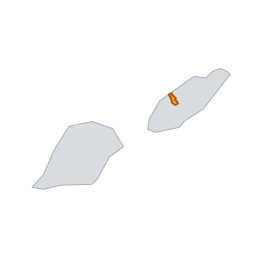 location of Faleata East, Gaga'emauga, Samoa, rotated 308°
{"feature_id": "51752279B54657815121204", "entity_name": "Faleata East", "entity_type": "district", "adm_level": 2, "iso_a3": "WSM", "parent_name": "Samoa", "parent_adm1": "Gaga'emauga", "projection": "albers", "projection_center": [-171.795, -13.866], "detail": "fine", "context": "in_parent", "style": "filled", "palette": "amber", "viewbox_px": 256, "rotation_deg": 308, "n_neighbors": 0, "source": "geoboundaries", "source_scale": "gbopen_adm2", "svg_char_len": 2377}
<svg xmlns="http://www.w3.org/2000/svg" viewBox="0 0 256 256"><g transform="rotate(308 128 128)"><path d="M93.1,80.4L111.0,95.8L118.1,116.3L110.5,135.9L93.6,131.1L69.2,135.3L61.1,133.9L41.4,110.0L27.8,99.2L22.3,89.1L39.6,90.1L64.9,83.3L93.1,80.4ZM233.0,175.5L189.5,175.6L167.9,168.2L160.3,168.1L141.8,152.6L139.0,144.5L148.7,139.1L168.8,136.3L209.2,148.1L215.3,158.6L224.7,159.7L231.9,164.2L233.7,171.6L233.0,175.5Z" fill="#d9dde1" stroke="#a8b0b8" stroke-width="1"/><path d="M181.5,140.3L181.3,140.1L181.0,140.3L180.9,140.2L181.0,140.2L180.9,139.9L180.7,139.7L180.5,139.9L180.4,139.9L180.2,139.8L180.1,139.7L179.9,139.6L179.6,139.6L179.4,139.6L179.4,139.8L179.5,139.8L179.6,140.0L179.6,139.9L179.3,139.8L179.4,139.7L179.2,139.7L179.2,139.8L178.9,140.1L178.7,140.2L178.7,140.3L178.6,140.6L178.5,140.8L178.5,141.1L178.4,141.4L178.5,141.4L178.7,141.5L178.8,141.6L179.0,141.7L179.3,141.8L179.2,141.9L179.1,142.0L179.0,142.3L178.9,142.4L178.9,142.5L178.7,142.8L178.5,143.0L178.3,143.3L178.2,143.3L178.3,143.4L178.3,143.5L178.2,143.6L178.1,143.8L177.8,143.9L177.7,143.8L177.4,143.9L177.4,144.0L177.1,144.2L177.1,144.3L177.1,144.6L176.9,144.7L176.8,144.8L176.6,144.9L176.6,145.0L176.6,145.3L176.4,145.3L176.3,145.7L176.1,145.7L176.1,145.8L175.9,145.9L175.9,146.0L175.7,146.3L175.5,146.5L175.4,146.5L175.2,146.7L175.1,146.9L175.0,147.0L174.9,147.2L174.9,147.3L175.0,147.3L174.9,147.4L174.9,147.5L174.7,147.7L174.7,147.9L174.9,148.0L175.0,148.3L175.0,148.6L174.9,148.7L174.9,148.8L175.0,149.0L175.1,149.3L175.1,149.5L175.2,149.8L175.3,149.9L175.3,150.0L174.9,151.1L176.2,151.6L176.7,151.8L177.0,151.9L177.2,152.0L177.3,152.0L177.5,152.1L177.8,152.2L177.8,152.3L178.1,152.4L178.3,152.4L178.4,150.9L179.0,150.9L179.1,150.7L179.1,150.3L179.1,150.2L179.1,149.8L179.3,149.5L179.3,149.4L179.4,149.2L179.4,148.9L179.4,148.7L179.2,148.3L179.0,147.8L179.1,147.6L179.2,147.3L180.4,147.4L180.4,147.5L180.6,147.5L180.9,147.6L181.0,147.6L181.2,146.1L181.2,145.8L181.3,145.2L181.0,145.2L181.0,144.8L181.1,144.1L181.2,143.8L181.5,143.9L181.7,143.6L181.7,143.4L181.4,143.3L181.3,143.2L181.3,142.9L181.3,142.7L181.4,142.3L181.4,142.2L181.5,142.1L181.6,141.9L181.8,141.8L182.0,141.7L181.9,141.6L182.0,141.4L181.7,141.5L181.7,141.4L182.0,141.2L181.9,141.2L181.9,140.9L181.7,140.8L181.7,140.7L181.8,140.6L181.7,140.5L181.7,140.4L181.5,140.3Z" fill="#f59e0b" stroke="#b45309" stroke-width="1.5"/></g></svg>